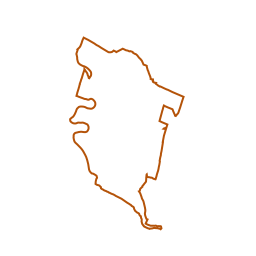 Iancu Jianu, Olt, Romania (Equal Earth projection), rotated 227°
{"feature_id": "2599482B6640532934930", "entity_name": "Iancu Jianu", "entity_type": "district", "adm_level": 2, "iso_a3": "ROU", "parent_name": "Romania", "parent_adm1": "Olt", "projection": "equal_earth", "projection_center": [24.005, 44.501], "detail": "fine", "context": "isolated", "style": "outline", "palette": "amber", "viewbox_px": 256, "rotation_deg": 227, "n_neighbors": 0, "source": "geoboundaries", "source_scale": "gbopen_adm2", "svg_char_len": 5681}
<svg xmlns="http://www.w3.org/2000/svg" viewBox="0 0 256 256"><g transform="rotate(227 128 128)"><path d="M219.8,158.9L221.3,158.3L222.2,158.0L222.7,157.8L224.3,157.2L223.9,156.3L223.6,155.4L222.6,153.4L221.7,151.9L220.4,149.1L220.0,147.6L220.0,145.0L219.8,145.1L217.8,141.4L217.4,140.8L217.1,140.6L216.8,140.4L216.4,140.3L215.7,139.8L215.1,139.5L214.2,138.9L213.1,137.9L211.9,137.2L210.8,136.6L209.8,136.2L208.8,136.1L207.5,136.2L207.0,136.3L205.4,136.8L203.9,137.4L203.2,137.9L202.6,138.2L200.6,138.9L198.9,139.2L196.9,139.3L195.1,139.2L194.2,139.0L193.6,138.7L193.1,138.3L192.4,137.7L191.9,137.1L191.5,136.4L191.4,136.0L191.1,134.7L190.8,133.6L191.3,133.4L191.6,133.5L192.6,134.2L193.9,134.5L195.2,135.2L195.9,135.5L197.0,135.7L198.5,135.8L198.8,135.9L199.4,136.1L200.7,136.2L200.3,135.8L198.3,132.1L195.7,127.7L195.5,127.0L194.6,125.6L193.1,122.7L192.8,122.6L192.7,122.3L192.0,121.1L191.4,120.3L191.2,119.8L190.6,118.9L189.7,117.3L188.2,114.7L187.8,114.2L187.5,113.6L186.6,112.2L185.4,112.9L184.4,113.3L180.5,115.3L179.2,115.9L178.7,116.2L178.3,116.6L177.5,117.2L176.3,117.8L175.6,118.4L175.4,118.8L175.0,120.1L174.7,120.7L174.3,121.1L173.8,121.4L172.9,121.7L172.4,121.8L171.3,121.8L170.0,121.7L168.7,121.2L168.2,120.8L167.5,120.2L166.9,119.3L166.7,118.8L166.5,118.0L166.4,117.4L166.4,116.6L166.5,115.9L166.7,115.1L167.0,114.5L167.5,113.9L170.1,111.8L172.7,110.8L173.8,110.1L174.6,109.4L175.2,108.9L176.1,107.9L176.6,107.1L176.9,106.4L176.9,105.4L176.9,104.2L176.8,103.7L176.3,102.5L175.6,101.3L175.1,100.1L174.4,98.4L173.9,96.7L173.7,95.3L173.9,94.1L174.0,91.9L173.8,91.6L173.4,91.2L172.6,90.7L172.2,90.5L171.2,90.5L170.5,90.6L169.0,91.1L168.2,91.6L167.2,92.6L166.8,93.2L166.0,95.2L163.9,97.2L163.1,98.3L162.2,99.0L160.8,99.7L159.8,100.1L158.9,100.5L158.2,100.7L157.7,100.6L157.1,100.5L156.1,100.1L155.7,99.9L154.6,98.9L154.1,98.2L153.6,96.9L153.4,95.9L153.4,95.5L153.8,94.4L154.3,93.7L155.6,92.5L156.5,91.8L157.3,91.1L158.6,89.3L159.0,88.6L159.3,88.0L160.2,86.4L160.4,85.9L160.4,84.9L160.3,84.3L160.1,83.8L159.4,82.9L158.8,82.4L158.1,81.6L156.7,80.7L155.2,79.9L154.4,79.6L153.0,79.5L150.6,79.7L145.9,79.8L143.8,79.7L141.7,79.4L137.4,78.3L135.2,77.6L132.2,76.2L128.6,74.2L124.2,71.2L122.7,70.6L121.1,70.4L119.5,70.5L118.8,71.1L118.0,71.5L115.6,72.2L114.5,72.4L112.8,71.5L112.6,71.2L112.4,70.2L111.1,68.2L109.9,66.8L109.2,66.1L107.7,66.5L105.9,67.6L105.4,67.8L104.3,67.8L103.3,67.9L103.1,67.8L103.0,67.5L102.3,67.1L101.4,67.2L99.6,67.9L99.1,67.9L98.3,68.2L96.5,69.1L95.6,69.3L95.1,69.7L94.1,70.0L93.7,70.0L93.4,70.2L93.1,70.4L92.1,70.7L90.5,71.4L89.4,72.0L87.4,72.6L86.8,72.7L80.7,75.0L73.7,76.5L72.1,77.0L70.6,77.3L69.9,77.6L69.1,77.6L68.5,77.5L67.8,77.8L66.6,78.1L66.2,78.1L65.6,77.9L64.8,77.4L64.3,77.2L62.4,76.7L62.0,76.8L60.0,77.0L58.5,77.6L57.8,77.7L57.5,77.6L57.0,77.2L55.9,77.0L55.1,77.0L54.7,77.2L53.8,76.6L53.3,76.2L52.8,76.1L51.9,75.8L51.4,75.3L51.2,75.1L50.7,74.6L50.4,74.2L48.2,73.0L45.2,72.6L44.8,72.7L44.8,72.8L44.7,72.8L43.5,73.2L41.9,73.8L40.6,74.4L40.2,74.8L39.6,74.9L39.2,75.7L38.9,76.1L38.0,77.3L37.4,78.5L36.4,79.7L36.2,79.8L35.7,80.1L34.9,81.0L34.2,81.5L33.4,82.0L33.0,82.4L32.8,82.5L31.7,82.8L31.8,84.0L33.3,84.9L33.7,85.0L33.9,84.9L34.6,84.2L35.4,83.4L36.3,82.3L37.6,81.8L38.5,80.6L39.7,79.4L41.1,77.9L41.7,77.6L43.8,76.5L46.0,75.7L46.8,77.5L47.8,79.9L48.4,79.6L49.0,79.5L50.5,80.1L52.3,80.9L53.2,81.5L54.1,82.2L55.0,83.5L55.4,83.9L55.7,84.3L56.4,84.9L58.2,86.1L63.3,89.0L64.4,89.5L66.9,90.1L68.4,90.9L69.8,91.5L71.9,92.4L74.1,92.8L74.0,93.0L74.1,93.3L74.1,93.7L74.1,93.9L75.1,95.3L75.2,96.0L75.2,97.4L75.3,98.2L75.4,98.4L75.3,98.5L75.6,98.9L75.8,99.3L75.8,100.3L76.1,101.8L76.3,103.4L76.5,104.6L77.7,105.9L78.4,106.7L79.0,107.2L80.0,108.4L80.4,108.8L81.3,109.9L81.3,110.1L80.4,109.5L80.0,109.0L79.7,108.8L79.4,108.7L79.0,108.7L77.1,110.3L76.4,110.6L75.5,111.5L74.6,111.8L73.5,112.0L72.6,112.7L71.9,112.9L71.7,113.1L71.8,113.4L72.9,115.2L73.2,115.8L74.3,117.4L75.6,119.7L76.2,120.8L77.2,122.3L78.8,124.4L79.5,125.5L81.8,128.5L82.3,128.6L82.5,128.8L82.7,129.2L83.2,129.8L84.4,131.4L85.8,133.6L86.7,134.5L88.2,136.7L93.8,143.9L94.0,143.8L97.3,148.3L97.7,148.8L101.2,154.8L101.6,154.7L102.0,154.5L103.1,153.6L103.1,154.3L102.6,155.0L102.5,155.5L102.0,155.9L101.9,156.0L103.7,159.2L108.8,156.9L111.6,155.8L115.5,162.1L117.2,164.8L117.9,166.1L118.9,167.6L120.0,169.6L119.5,169.8L119.2,169.8L118.4,170.1L115.4,171.4L111.4,173.3L111.0,173.2L109.6,172.6L106.9,171.6L105.8,171.3L105.0,170.8L104.7,170.8L104.2,171.1L104.5,173.1L104.6,174.6L104.9,175.4L106.1,177.6L107.3,179.9L110.9,186.2L112.9,189.9L124.0,185.0L129.0,183.1L129.4,182.8L130.5,182.3L132.7,181.4L134.0,180.9L136.3,180.0L136.5,179.6L136.9,179.5L138.4,179.0L140.1,178.8L141.4,178.5L141.8,178.6L141.9,178.8L142.0,179.2L143.4,178.1L144.3,177.9L144.5,178.1L144.9,178.3L145.1,178.3L145.2,178.0L145.4,178.1L145.3,178.4L145.4,178.6L145.6,178.7L145.9,178.5L146.2,178.6L146.4,179.1L146.4,179.3L146.5,179.4L147.9,178.2L148.4,178.0L148.7,178.5L149.6,178.8L150.1,179.2L154.2,180.8L155.8,181.6L156.7,181.8L159.2,183.1L160.4,183.8L160.7,184.1L162.0,183.6L163.3,182.8L163.9,182.6L164.5,182.9L167.8,184.0L168.6,184.1L169.4,184.0L169.9,184.2L170.4,184.1L172.0,184.0L174.7,184.3L176.1,184.2L176.9,184.0L177.3,183.7L179.4,183.0L179.6,183.0L180.1,183.2L180.5,183.2L181.2,182.9L181.8,182.5L182.4,182.3L182.7,182.0L182.9,181.5L183.2,181.2L184.1,180.9L184.9,180.5L185.5,180.1L185.7,179.9L186.3,179.5L187.4,179.1L188.2,178.8L189.6,178.2L189.8,177.4L191.5,171.2L192.1,171.2L194.4,170.3L194.4,169.7L194.5,168.3L194.7,167.9L195.0,167.3L195.6,166.5L196.1,166.0L196.5,165.6L197.2,165.3L204.9,163.1L207.8,162.4L209.0,162.0L209.7,161.7L211.3,161.3L212.5,161.1L219.8,158.9Z" fill="none" stroke="#b45309" stroke-width="2"/></g></svg>